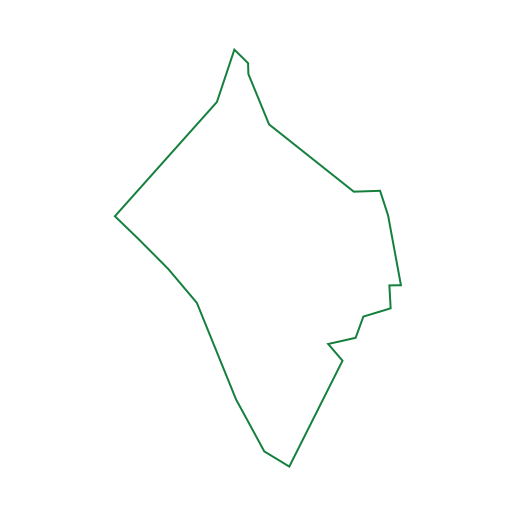 Mirzachul, Jizzakh, Uzbekistan, rotated 200°
{"feature_id": "79887680B4064718832090", "entity_name": "Mirzachul", "entity_type": "district", "adm_level": 2, "iso_a3": "UZB", "parent_name": "Uzbekistan", "parent_adm1": "Jizzakh", "projection": "albers", "projection_center": [68.032, 40.685], "detail": "fine", "context": "isolated", "style": "outline", "palette": "green", "viewbox_px": 512, "rotation_deg": 200, "n_neighbors": 0, "source": "geoboundaries", "source_scale": "gbopen_adm2", "svg_char_len": 451}
<svg xmlns="http://www.w3.org/2000/svg" viewBox="0 0 512 512"><g transform="rotate(200 256 256)"><path d="M109.8,278.1L145.7,339.2L161.7,359.7L186.1,349.9L288.7,384.1L325.4,424.4L329.4,434.5L346.9,442.5L345.4,387.4L402.2,245.1L373.0,232.1L334.2,213.9L295.5,191.7L225.6,114.3L203.6,94.9L181.4,75.2L152.7,69.5L138.9,187.2L158.1,198.0L134.4,213.2L134.4,235.8L111.6,252.9L120.6,274.0L109.8,278.1Z" fill="none" stroke="#15803d" stroke-width="2"/></g></svg>